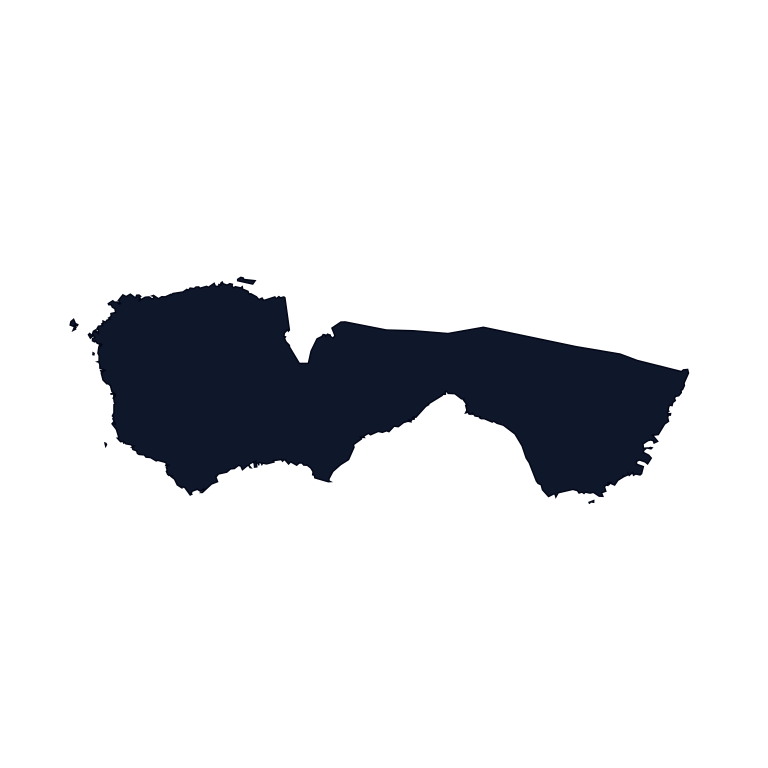 outline of Negros Occidental, Negros Occidental, Philippines, rotated 242°
{"feature_id": "2640588B49335496833592", "entity_name": "Negros Occidental", "entity_type": "district", "adm_level": 2, "iso_a3": "PHL", "parent_name": "Philippines", "parent_adm1": "Negros Occidental", "projection": "mercator", "projection_center": [123.007, 10.244], "detail": "fine", "context": "isolated", "style": "filled", "palette": "ink", "viewbox_px": 768, "rotation_deg": 242, "n_neighbors": 0, "source": "geoboundaries", "source_scale": "gbopen_adm2", "svg_char_len": 6180}
<svg xmlns="http://www.w3.org/2000/svg" viewBox="0 0 768 768"><g transform="rotate(242 384 384)"><path d="M506.7,337.0L507.9,336.4L508.6,333.1L510.5,332.2L510.0,329.7L510.5,328.6L512.1,328.5L513.9,318.4L514.5,316.9L517.1,316.7L517.3,313.1L520.9,312.3L526.2,308.8L526.9,307.0L529.7,307.4L534.1,303.7L536.4,304.5L536.1,302.6L539.7,298.4L539.4,296.6L541.5,295.6L543.2,296.9L544.9,295.0L545.0,291.8L548.1,289.0L550.0,289.0L549.6,287.2L548.0,286.7L549.3,284.9L547.7,284.1L549.4,281.0L552.6,281.3L551.8,274.4L553.5,273.2L555.0,266.3L556.7,266.0L557.9,263.3L557.3,261.2L559.7,257.8L558.6,255.5L560.1,254.3L559.6,249.8L563.0,240.0L562.3,238.0L563.2,237.9L563.6,231.8L565.4,228.7L565.2,224.9L570.4,222.1L570.6,220.7L569.5,221.8L568.0,221.1L567.9,219.1L571.2,217.4L572.7,213.9L572.6,207.2L574.0,208.8L575.0,208.3L575.6,210.3L577.6,209.4L578.5,207.3L577.0,205.6L577.4,204.6L582.4,202.2L582.2,197.4L585.3,195.3L582.4,188.6L581.3,189.1L580.2,188.3L579.0,189.3L578.7,188.9L579.5,188.5L578.9,187.5L581.5,187.0L582.7,184.5L584.8,183.6L584.4,178.3L583.2,178.2L582.0,180.4L579.4,180.2L576.9,181.8L573.1,180.6L574.4,176.0L571.7,174.8L571.5,171.9L569.9,172.6L570.4,169.1L569.2,167.2L571.5,165.5L569.3,164.2L569.6,163.0L567.6,162.8L569.1,159.0L567.3,156.2L566.3,157.5L562.8,155.6L565.9,154.8L564.9,154.1L565.6,153.3L567.1,154.5L567.0,152.2L564.8,149.9L560.9,150.6L560.8,147.9L559.0,146.9L557.0,148.4L557.4,149.6L554.7,149.9L553.0,151.3L553.4,152.3L552.8,151.8L552.3,153.0L550.3,153.5L551.8,152.5L550.5,151.7L551.6,150.9L550.5,149.6L545.5,145.9L542.7,145.8L537.8,143.1L538.1,141.5L537.1,142.5L534.7,142.3L531.3,140.6L526.9,144.3L526.4,139.5L519.4,137.8L514.2,139.4L513.8,140.6L510.9,141.7L505.2,140.3L502.6,141.3L503.5,138.4L503.2,138.3L501.2,142.2L498.7,140.6L501.0,141.6L501.7,140.6L498.5,138.8L498.8,137.7L498.2,138.7L494.6,137.3L493.1,137.9L492.6,135.9L485.3,132.0L483.3,129.2L481.5,129.8L480.6,128.3L474.0,128.0L477.3,127.1L476.5,125.2L469.5,126.4L462.4,125.0L460.8,124.0L461.2,123.2L456.8,124.3L455.7,126.8L454.0,126.5L453.9,127.8L452.4,128.0L449.1,132.2L446.9,133.1L446.7,132.3L446.3,133.6L445.8,131.8L444.0,131.6L441.1,134.2L438.4,133.7L436.8,134.7L433.9,139.1L431.2,139.5L428.6,143.4L423.1,146.7L422.8,148.5L417.3,154.3L415.6,154.5L414.5,153.1L413.4,155.5L412.6,152.7L409.4,152.1L409.1,150.9L405.8,150.6L403.7,151.4L404.8,151.3L402.3,153.7L402.3,152.6L398.3,154.4L392.0,154.1L387.2,156.8L388.0,157.5L386.3,159.5L377.0,160.8L377.0,162.5L377.9,162.2L379.4,164.3L378.7,169.8L375.6,171.5L376.0,175.4L374.2,173.8L374.0,171.8L373.5,172.7L376.7,184.8L375.9,191.2L380.7,191.8L382.3,195.6L380.0,203.8L381.1,208.7L379.6,212.2L380.5,217.2L378.9,219.1L374.8,218.8L376.1,224.9L375.5,226.5L373.1,226.5L372.6,227.2L375.9,226.5L376.5,227.8L376.6,232.0L375.0,232.0L376.6,232.4L376.1,234.3L375.2,232.3L371.4,230.7L370.6,232.8L374.0,234.3L373.3,235.9L370.9,235.3L373.4,236.3L372.4,238.4L370.3,238.4L371.1,239.7L368.6,242.8L366.8,250.2L368.3,250.4L365.5,257.9L363.5,258.2L364.2,260.3L363.0,261.1L358.2,262.2L359.2,265.0L353.3,268.8L354.1,271.9L352.7,274.6L350.2,275.0L348.2,278.2L344.0,280.0L339.8,280.2L337.3,278.4L336.2,279.7L333.6,278.9L323.9,288.9L323.1,290.7L324.2,289.9L326.2,290.9L330.8,297.8L333.2,307.8L333.9,317.2L342.2,327.8L344.8,328.5L346.1,338.2L347.0,339.0L347.6,338.2L348.1,338.2L346.1,341.5L347.5,341.4L347.8,347.1L345.5,348.3L344.9,356.6L342.1,359.9L341.5,364.3L339.6,366.0L342.1,373.1L339.6,376.6L340.8,383.2L339.9,387.7L338.3,389.7L340.1,389.5L338.7,390.7L339.8,392.5L338.8,394.0L340.3,395.2L340.9,393.7L341.3,394.5L339.7,396.6L344.7,410.4L344.8,413.7L345.6,413.6L346.6,430.0L347.4,430.5L346.2,433.4L348.6,434.5L348.4,435.7L345.6,436.3L342.2,442.0L334.5,445.5L333.4,447.6L332.8,446.7L326.7,447.5L326.8,446.1L321.9,444.9L320.2,442.5L319.5,445.3L317.8,444.9L316.8,445.9L316.9,448.4L315.9,447.7L315.6,449.0L313.1,449.3L310.0,453.4L309.3,452.6L307.7,453.6L306.4,456.2L299.6,461.7L299.6,463.5L296.3,465.3L291.6,470.1L278.4,476.2L264.5,476.9L251.8,474.8L246.2,475.3L226.8,473.0L223.9,473.4L221.2,475.5L216.2,474.3L207.4,476.5L207.3,482.3L206.5,483.3L203.6,482.7L206.2,486.7L202.3,501.3L199.0,504.8L196.2,505.0L195.6,508.2L193.5,509.2L194.0,511.0L190.9,514.8L190.1,518.0L184.0,521.3L182.1,524.5L185.9,525.0L185.2,529.5L189.5,530.3L190.7,532.1L189.4,534.1L191.7,535.5L191.3,536.5L189.4,534.9L190.6,538.0L189.5,537.8L186.5,540.2L189.2,545.3L189.6,551.5L191.5,551.7L189.6,552.5L189.3,556.8L190.5,557.6L188.2,557.6L189.1,561.9L186.3,561.5L186.4,564.0L183.5,567.4L183.9,569.3L189.3,574.2L194.5,569.4L197.2,570.6L197.0,573.9L192.6,578.0L189.7,579.2L193.1,585.2L196.9,584.3L201.8,580.9L203.4,582.0L204.2,585.7L205.4,582.9L209.5,584.5L210.1,590.4L209.3,593.4L207.4,595.2L205.1,594.8L204.9,598.7L212.6,597.1L210.6,602.4L216.9,613.0L217.5,617.7L221.2,618.7L223.4,620.8L225.8,620.7L226.3,622.7L227.2,622.3L230.3,624.8L231.2,626.2L229.7,628.2L232.1,630.3L232.6,633.4L235.2,633.8L236.2,635.6L235.3,638.7L236.8,642.4L239.1,643.4L238.9,644.9L241.6,648.5L243.9,649.3L250.7,658.0L254.3,658.9L255.9,655.0L255.3,652.5L286.1,618.4L299.6,606.5L326.9,571.0L387.4,498.4L398.5,464.2L417.3,434.8L430.5,411.5L457.0,378.9L458.9,375.0L457.8,364.3L449.8,363.4L448.3,360.5L451.4,358.9L452.3,359.5L454.5,357.5L453.6,355.0L455.0,355.1L456.2,353.5L455.1,351.5L455.3,346.1L447.3,335.1L437.7,326.9L441.9,318.9L460.9,317.9L462.6,318.6L467.1,317.3L470.9,317.5L471.9,319.1L473.1,317.9L475.8,320.0L477.1,323.9L476.2,325.2L475.8,324.4L475.6,324.4L476.1,325.8L506.7,337.0ZM543.9,303.3L533.9,315.0L535.7,318.7L542.1,309.3L543.7,309.5L545.4,307.6L545.1,303.9L543.9,303.3ZM577.3,134.6L577.3,137.4L578.4,137.3L578.5,138.6L581.3,139.5L579.5,140.7L580.2,141.5L582.2,139.9L586.8,140.3L586.1,136.9L583.4,134.6L580.7,136.9L581.3,139.5L577.3,134.6ZM566.3,146.2L562.4,146.3L563.0,149.2L566.8,147.8L566.3,146.2ZM183.2,509.5L181.7,509.4L182.9,509.8L182.7,511.5L181.2,513.6L182.6,514.4L183.2,509.5ZM222.1,622.2L223.3,623.1L224.0,621.6L222.9,620.7L222.1,622.2ZM203.1,587.3L201.4,589.3L201.8,590.7L202.9,589.4L203.1,587.3ZM528.7,140.2L526.7,140.2L527.5,141.9L528.7,140.2ZM546.6,140.8L546.0,141.5L547.1,142.4L548.1,141.8L546.6,140.8ZM459.8,109.1L460.7,110.5L462.1,110.6L462.8,109.9L459.8,109.1Z" fill="#0f172a" stroke="#020617" stroke-width="1.5"/></g></svg>